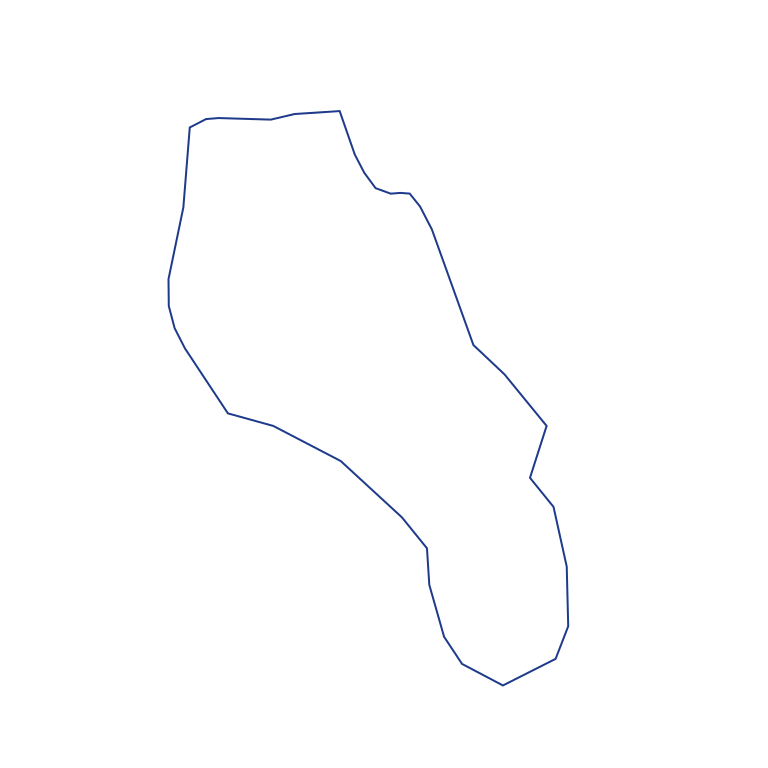 map outline of Jaunpiebalgas (Equal Earth projection), rotated 231°
{"feature_id": "LVA-5787", "entity_name": "Jaunpiebalgas", "entity_type": "Municipality", "adm_level": 1, "iso_a3": "LVA", "parent_name": "Latvia", "parent_adm1": "", "projection": "equal_earth", "projection_center": [25.988, 57.149], "detail": "fine", "context": "isolated", "style": "outline", "palette": "blue", "viewbox_px": 768, "rotation_deg": 231, "n_neighbors": 0, "source": "natural_earth", "source_scale": "10m", "svg_char_len": 607}
<svg xmlns="http://www.w3.org/2000/svg" viewBox="0 0 768 768"><g transform="rotate(231 384 384)"><path d="M459.4,244.2L536.9,251.7L559.1,256.4L580.0,265.8L601.1,282.5L647.5,339.2L705.6,394.5L701.9,412.4L694.8,422.8L660.7,462.4L650.1,484.4L624.0,521.3L580.7,505.7L560.7,501.6L541.5,500.7L527.7,509.0L522.2,517.0L515.8,523.8L499.2,523.7L474.0,518.5L358.0,478.0L315.7,483.7L249.1,484.0L219.2,438.4L181.8,438.4L127.1,411.1L79.8,374.7L62.4,344.4L74.9,286.7L117.3,268.5L149.7,271.6L199.4,292.8L229.3,314.0L269.1,314.0L351.3,301.9L421.0,271.6L459.4,244.2Z" fill="none" stroke="#1e3a8a" stroke-width="2"/></g></svg>